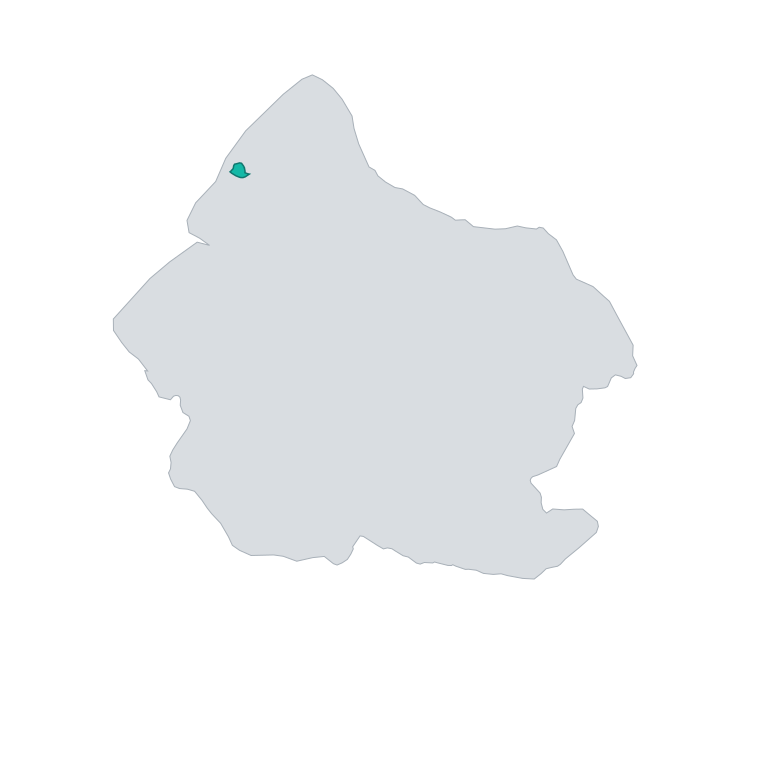 where Paramaribo sits in Suriname, rotated 305°
{"feature_id": "SUR-72", "entity_name": "Paramaribo", "entity_type": "District", "adm_level": 1, "iso_a3": "SUR", "parent_name": "Suriname", "parent_adm1": "", "projection": "natural_earth1", "projection_center": [-55.178, 5.837], "detail": "fine", "context": "in_parent", "style": "filled", "palette": "teal", "viewbox_px": 768, "rotation_deg": 305, "n_neighbors": 0, "source": "natural_earth", "source_scale": "10m", "svg_char_len": 2765}
<svg xmlns="http://www.w3.org/2000/svg" viewBox="0 0 768 768"><g transform="rotate(305 384 384)"><path d="M585.2,204.1L576.1,212.9L566.2,225.5L553.2,247.2L553.8,254.1L551.0,259.6L550.3,269.3L551.2,280.2L554.5,287.4L556.1,301.0L553.5,313.2L554.5,320.3L557.2,331.6L559.3,343.6L559.1,348.5L562.2,352.4L565.1,356.3L564.2,367.0L574.5,386.1L580.8,394.4L589.9,402.6L593.2,410.5L598.4,420.0L601.4,421.2L603.1,425.0L601.4,432.4L601.0,442.6L595.2,454.5L581.8,476.3L580.2,481.4L583.7,499.4L581.8,514.2L581.0,521.3L574.4,534.3L558.7,565.8L549.7,571.5L544.3,580.6L540.8,580.7L536.9,581.5L535.6,582.6L530.7,582.5L526.9,578.5L526.3,573.8L524.2,568.3L519.4,566.7L510.2,568.6L507.6,567.2L502.2,561.3L497.6,555.0L496.5,548.8L493.6,549.4L486.6,555.0L481.9,556.1L478.2,554.7L474.0,555.1L463.4,561.1L457.1,562.4L452.7,568.4L423.2,571.2L415.4,572.7L397.8,562.3L393.3,558.9L391.0,558.5L389.0,559.0L387.1,561.3L384.2,574.4L381.5,577.9L376.9,580.8L372.4,586.0L371.5,591.1L378.4,593.9L384.2,603.7L390.5,611.6L395.5,618.5L394.8,626.3L393.9,637.5L390.3,641.3L384.2,643.1L361.8,637.7L344.7,632.9L337.5,631.9L334.3,630.7L330.0,626.6L325.7,622.8L318.7,621.4L310.4,618.9L304.3,609.1L297.9,595.1L295.7,588.8L290.7,582.7L285.9,574.1L284.4,566.4L280.7,559.4L278.8,557.0L276.0,547.4L275.4,543.9L274.0,543.4L272.0,540.3L268.1,530.1L267.2,527.5L265.4,526.6L260.9,519.4L257.2,516.9L255.9,513.2L256.2,503.2L254.3,498.2L253.7,488.8L253.6,485.0L251.7,480.8L248.6,478.1L248.0,471.3L247.3,454.5L245.8,451.5L232.7,451.7L231.3,453.4L225.6,454.4L219.3,454.6L213.5,452.3L208.8,449.4L207.8,445.7L208.5,434.0L200.9,425.2L188.8,414.2L185.1,400.3L180.7,391.7L167.3,373.5L164.9,361.1L164.9,352.3L169.6,344.3L176.2,330.1L178.9,317.2L180.9,310.5L184.3,301.7L187.5,290.4L185.1,283.3L181.1,276.5L179.8,271.3L183.7,263.8L187.6,258.5L192.0,257.8L197.6,254.6L202.0,250.0L208.7,248.8L217.1,248.4L234.3,248.4L243.0,246.4L245.7,242.7L245.3,235.7L249.7,229.3L254.2,226.6L256.1,224.5L256.4,222.2L255.2,220.0L253.3,218.6L248.6,218.1L244.4,207.1L247.3,202.2L251.0,193.3L252.0,188.3L257.7,180.4L259.1,182.9L263.6,168.5L264.1,156.9L267.5,145.4L272.7,131.7L282.0,125.0L336.3,131.8L361.1,138.4L393.0,149.6L397.5,161.6L397.7,149.6L396.2,137.5L405.0,128.8L424.4,125.8L453.3,130.0L478.2,124.9L512.1,125.5L563.6,135.3L586.6,142.0L596.1,148.0L597.9,159.0L597.0,172.9L593.3,186.2L585.2,204.1Z" fill="#d9dde1" stroke="#a8b0b8" stroke-width="1"/><path d="M469.5,136.2L470.4,136.5L471.3,136.5L472.4,136.7L473.9,136.9L475.1,136.4L476.5,135.7L478.3,135.5L480.1,137.1L482.3,138.9L483.1,140.7L481.8,144.4L480.2,146.4L480.3,146.4L478.6,148.1L477.3,148.9L478.0,151.6L478.7,153.3L474.1,151.5L472.2,150.1L471.5,149.1L470.8,147.9L470.4,146.7L469.6,143.2L469.3,138.6L469.4,136.8L469.5,136.2Z" fill="#14b8a6" stroke="#0f766e" stroke-width="1.5"/></g></svg>